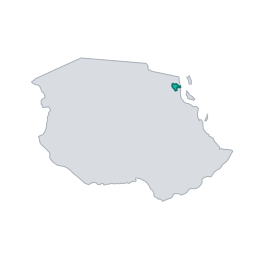 Muheza, Tanga, United Republic of Tanzania shown in context, rotated 336°
{"feature_id": "72390352B38576032693201", "entity_name": "Muheza", "entity_type": "district", "adm_level": 2, "iso_a3": "TZA", "parent_name": "United Republic of Tanzania", "parent_adm1": "Tanga", "projection": "albers", "projection_center": [38.789, -5.179], "detail": "fine", "context": "in_parent", "style": "filled", "palette": "teal", "viewbox_px": 256, "rotation_deg": 336, "n_neighbors": 0, "source": "geoboundaries", "source_scale": "gbopen_adm2", "svg_char_len": 5293}
<svg xmlns="http://www.w3.org/2000/svg" viewBox="0 0 256 256"><g transform="rotate(336 128 128)"><path d="M98.1,175.7L95.6,174.4L93.3,173.6L91.5,172.8L90.6,171.9L88.9,171.6L87.3,171.5L85.9,170.7L83.0,170.4L82.7,169.9L82.7,168.7L82.1,168.3L81.1,168.0L80.0,168.1L79.3,168.3L78.9,168.2L77.9,167.5L77.0,166.6L76.7,165.2L75.4,164.3L73.8,163.5L69.6,163.7L68.9,163.5L67.9,162.7L66.7,161.6L65.8,160.2L64.9,158.3L64.0,155.9L59.0,145.9L58.5,144.0L57.5,141.9L56.0,139.4L54.3,137.5L52.0,135.8L49.5,134.1L48.1,132.9L45.4,128.2L44.8,126.0L44.4,123.8L44.6,122.8L46.2,119.9L46.3,119.0L46.1,117.9L45.3,115.6L44.2,112.7L42.0,107.6L41.7,106.3L41.7,105.3L42.9,100.0L42.9,99.3L47.7,99.3L51.3,96.9L54.3,93.4L54.9,92.0L56.2,89.7L57.4,88.6L57.9,87.9L58.5,85.6L60.1,84.1L61.7,83.0L61.4,82.1L61.6,81.8L62.5,81.2L64.2,80.7L64.5,79.5L64.4,78.2L64.2,77.5L64.2,76.6L63.9,76.2L62.8,76.1L61.2,75.4L59.8,75.2L58.9,74.8L58.5,74.5L58.4,73.7L59.1,71.7L58.3,70.9L60.0,67.5L60.3,67.1L60.9,67.1L61.9,66.7L62.8,66.5L63.5,66.6L64.1,66.5L64.6,66.1L65.0,65.0L65.3,63.1L65.1,61.5L64.3,60.3L64.1,58.5L64.4,56.1L64.2,54.1L63.4,52.5L62.5,51.5L61.3,51.1L59.3,48.6L58.7,47.4L58.8,46.7L59.5,46.3L60.7,46.4L61.9,46.1L63.0,45.4L64.0,45.2L64.6,45.3L113.5,44.9L170.7,76.3L171.0,76.7L171.4,79.5L171.3,80.4L170.4,82.0L170.2,82.8L170.2,83.4L170.4,83.6L171.1,83.7L171.8,84.1L172.0,84.3L172.5,85.5L173.1,86.1L194.8,101.7L195.2,102.0L194.9,103.3L193.7,106.4L193.6,107.8L193.2,109.3L192.7,110.4L191.5,114.8L190.4,116.5L189.0,120.4L188.8,123.4L189.6,125.5L189.9,127.5L191.5,129.4L192.8,130.1L193.7,131.0L195.3,133.0L196.2,135.0L199.1,136.0L200.2,138.3L199.8,139.8L198.5,141.1L197.3,143.2L196.2,145.9L196.2,150.1L196.9,149.5L198.4,150.5L198.6,153.6L197.0,157.2L196.6,158.9L196.5,160.3L197.6,164.6L199.3,166.8L199.2,167.5L198.7,168.1L201.7,172.0L201.4,175.3L202.5,178.0L203.0,180.2L203.7,182.0L203.8,183.2L202.9,184.5L205.1,184.9L206.3,185.9L206.9,187.0L208.4,187.0L209.3,187.7L210.5,188.3L213.1,190.0L213.9,190.9L214.3,191.7L207.0,197.2L204.3,198.7L202.4,199.3L200.4,199.7L198.5,200.5L196.7,201.9L194.4,202.6L191.6,202.6L188.6,203.5L184.0,206.4L181.3,204.8L179.1,204.3L176.7,204.4L175.2,204.6L174.7,204.9L174.2,205.9L173.8,207.5L172.2,209.0L169.4,210.5L166.8,211.0L164.4,210.7L162.8,210.1L162.0,209.2L160.8,208.8L159.1,208.9L157.6,209.5L156.1,210.6L153.7,211.1L150.4,211.0L148.7,210.5L148.4,209.5L147.0,208.4L144.4,207.1L142.4,207.1L141.2,208.4L140.1,209.1L139.0,209.4L138.1,209.5L136.8,209.2L133.2,209.1L129.8,209.1L129.4,207.4L128.7,206.3L128.1,205.6L126.9,205.5L126.6,205.0L126.2,203.9L125.6,203.0L124.8,202.2L124.3,201.5L124.2,200.8L124.3,200.1L125.0,198.2L125.2,197.0L125.1,195.7L124.7,194.4L123.9,192.9L124.0,192.4L123.7,191.3L123.7,190.6L123.8,189.7L123.6,188.5L122.9,185.9L122.9,185.2L122.2,183.9L119.9,181.0L119.8,180.6L116.2,177.6L114.7,176.9L114.2,177.5L114.0,178.0L114.2,179.0L114.1,179.5L113.1,179.7L112.6,179.6L111.2,178.8L110.1,178.6L107.5,178.7L106.6,178.9L105.9,178.8L104.5,177.4L102.9,177.1L101.4,177.1L99.0,175.5L98.1,175.7ZM199.5,125.0L200.7,128.4L200.5,129.0L199.7,129.4L199.2,129.4L198.7,128.9L198.4,127.7L197.7,128.0L196.6,126.7L195.6,126.6L194.6,125.0L195.0,123.6L194.8,121.2L195.9,120.0L196.6,118.0L197.3,119.4L197.5,121.6L198.5,124.1L199.5,125.0ZM205.2,105.3L205.3,106.1L205.1,106.8L205.1,109.2L205.0,110.7L204.1,112.9L203.4,113.7L202.8,113.4L202.2,113.1L201.8,112.5L202.7,108.5L202.3,105.6L203.9,105.9L205.2,105.3ZM202.8,153.1L201.9,153.3L201.6,153.1L201.1,152.5L202.0,151.9L202.9,150.8L204.9,149.3L205.8,148.0L205.7,149.2L204.5,151.9L203.6,152.1L202.8,153.1Z" fill="#d9dde1" stroke="#a8b0b8" stroke-width="1"/><path d="M187.2,113.4L187.3,113.4L187.2,113.3L187.2,113.2L187.4,113.1L187.6,113.0L187.7,112.9L187.8,112.9L188.0,112.7L188.2,112.4L188.3,112.3L188.3,112.2L188.5,112.1L188.7,111.9L188.8,111.8L188.9,111.7L189.0,111.7L189.1,111.4L189.1,111.2L189.1,110.9L189.3,110.9L189.5,110.9L189.8,110.9L190.0,110.9L190.1,111.0L190.3,111.2L190.4,111.3L191.0,111.6L191.2,111.8L191.3,111.8L191.5,112.0L191.9,112.1L192.1,112.1L192.4,112.2L192.5,112.2L192.5,111.9L192.7,111.7L192.8,111.4L192.8,111.2L192.9,110.9L192.7,110.8L192.4,110.8L192.2,110.8L191.9,110.9L191.7,110.9L191.4,111.0L191.2,111.0L190.9,111.3L190.7,111.3L190.7,111.2L190.5,110.9L190.4,110.9L190.5,110.8L190.8,110.7L190.9,110.4L191.0,110.3L191.2,110.2L191.1,109.9L191.2,109.7L191.1,109.4L191.0,109.2L190.9,109.2L190.8,108.8L190.8,108.7L190.7,108.7L190.6,108.3L190.5,108.2L190.4,108.1L190.5,108.1L190.4,108.1L190.3,107.9L190.2,107.8L190.2,107.7L190.2,107.4L189.9,107.3L189.7,107.3L189.5,107.2L189.4,107.2L189.2,107.1L188.9,107.0L188.7,107.0L188.6,106.9L188.4,106.9L188.2,106.8L188.1,106.7L187.9,106.6L187.7,106.7L187.4,106.7L187.3,106.4L187.2,106.2L187.2,105.9L187.2,105.7L186.7,105.7L186.5,105.8L186.4,105.8L186.3,106.0L186.2,106.2L186.1,106.4L186.0,106.5L185.9,106.7L185.9,106.8L185.7,106.9L185.7,107.0L185.5,107.3L185.4,107.4L185.4,107.5L185.2,107.9L185.2,108.0L185.3,108.2L185.3,108.3L185.3,108.5L185.4,108.8L185.4,109.0L185.4,109.4L185.5,109.5L185.6,109.8L185.7,110.0L185.7,110.3L185.8,110.4L185.8,110.5L186.0,110.7L186.0,110.8L186.1,111.0L186.1,111.4L186.1,111.5L186.1,111.8L186.0,112.0L186.1,112.3L186.2,112.5L186.2,112.8L186.2,113.0L186.3,113.2L186.4,113.3L186.5,113.3L186.9,113.3L187.0,113.3L187.2,113.4Z" fill="#14b8a6" stroke="#0f766e" stroke-width="1.5"/></g></svg>